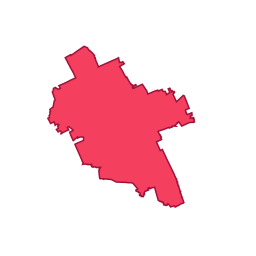 Silao de la Victoria, Guanajuato, Mexico, rotated 150°
{"feature_id": "50627088B90006920351190", "entity_name": "Silao de la Victoria", "entity_type": "district", "adm_level": 2, "iso_a3": "MEX", "parent_name": "Mexico", "parent_adm1": "Guanajuato", "projection": "albers", "projection_center": [-101.426, 20.976], "detail": "fine", "context": "isolated", "style": "filled", "palette": "rose", "viewbox_px": 256, "rotation_deg": 150, "n_neighbors": 0, "source": "geoboundaries", "source_scale": "gbopen_adm2", "svg_char_len": 5605}
<svg xmlns="http://www.w3.org/2000/svg" viewBox="0 0 256 256"><g transform="rotate(150 128 128)"><path d="M135.4,43.4L134.6,42.8L134.3,42.7L134.1,42.2L133.7,42.1L133.6,41.8L133.1,41.7L132.9,41.6L132.7,41.6L132.1,42.1L131.9,42.4L131.6,42.6L131.0,41.9L130.6,38.4L127.1,37.5L126.6,36.8L126.7,36.0L125.9,35.8L124.8,36.0L124.4,36.0L123.6,35.7L122.8,35.6L122.1,35.8L120.6,35.9L120.2,35.8L117.6,35.3L117.1,35.5L116.9,35.5L115.8,40.9L116.0,41.0L115.8,41.1L114.9,45.7L115.2,45.9L114.9,46.2L114.3,46.6L114.5,46.8L114.5,47.8L114.3,47.8L114.3,48.1L114.2,48.2L114.1,48.5L113.4,52.3L113.2,52.2L113.1,52.5L113.3,52.7L113.3,52.8L113.0,52.9L113.0,53.1L113.2,53.4L113.3,53.6L113.2,53.8L112.9,54.8L113.0,54.8L113.0,55.4L112.5,55.6L112.6,56.0L112.0,56.5L112.4,57.2L112.0,58.9L111.8,58.6L111.6,59.0L111.8,59.0L111.6,60.5L111.4,63.5L111.2,64.3L110.9,68.0L109.9,82.4L109.0,92.2L111.3,92.3L110.3,101.7L104.7,101.2L104.4,103.6L103.7,103.5L103.6,105.8L104.0,105.8L103.7,110.0L100.0,109.5L99.7,109.3L97.9,108.9L92.2,108.1L92.1,107.7L92.2,107.3L90.8,107.1L89.4,106.7L88.8,107.5L87.8,107.0L87.7,107.0L85.6,105.6L86.1,106.9L82.7,107.4L82.7,108.0L81.0,108.1L80.5,102.8L73.1,102.1L72.4,102.0L70.7,101.4L68.6,100.2L68.4,100.4L67.5,100.0L67.0,100.8L67.1,101.0L66.9,102.9L66.4,102.6L66.0,104.2L69.2,105.2L68.9,105.6L68.8,105.9L68.4,105.9L68.0,107.2L66.4,106.7L65.9,107.6L65.9,108.0L65.7,107.9L65.1,109.3L70.1,110.0L69.9,110.9L69.9,111.1L70.1,111.2L69.8,112.5L70.0,112.6L69.5,114.3L68.8,114.9L65.2,114.4L63.2,127.6L63.8,128.6L72.9,126.5L72.2,134.6L69.7,135.7L69.8,136.4L70.6,136.3L71.0,138.0L72.0,137.6L71.9,141.6L73.6,141.8L74.0,137.9L78.0,137.6L77.8,138.3L77.5,138.1L77.7,139.2L77.4,140.9L79.4,142.4L79.2,144.4L83.4,144.8L83.3,145.9L86.5,146.6L93.9,147.5L93.2,150.7L93.7,158.7L103.9,159.7L104.0,160.7L103.3,160.7L103.3,161.3L99.5,161.0L99.6,161.7L102.6,161.9L102.6,163.1L103.2,163.2L103.3,164.6L103.6,164.6L103.7,166.7L103.8,169.4L103.6,172.8L104.5,172.8L104.5,176.3L104.3,179.7L104.3,181.4L104.3,181.6L104.5,184.1L104.4,185.5L99.1,185.5L99.2,187.2L99.5,187.2L99.5,188.1L101.2,188.1L102.0,189.2L102.5,189.2L101.1,193.6L102.9,193.6L122.3,195.7L123.0,195.7L122.9,195.8L122.1,202.6L121.5,204.5L121.4,204.8L121.6,204.8L121.1,207.7L120.8,207.7L121.0,209.2L121.7,212.0L121.9,212.0L122.4,214.4L122.9,214.7L123.1,216.3L122.9,217.6L125.2,220.7L134.2,220.0L136.1,219.8L141.0,219.3L140.9,220.2L147.2,220.3L147.3,215.3L147.4,215.2L147.6,209.2L147.7,203.6L148.2,197.6L154.4,198.2L156.3,198.2L161.4,198.6L166.7,199.2L166.7,198.6L166.6,198.2L166.8,196.2L168.9,196.4L168.9,196.5L169.7,197.5L169.9,198.1L170.4,198.1L170.6,199.4L172.7,199.6L172.8,199.5L172.9,199.3L173.7,198.4L174.4,197.4L175.5,197.1L177.1,188.5L178.4,188.3L182.2,183.8L182.7,183.6L182.9,183.7L183.1,183.6L183.3,183.6L183.7,183.4L184.3,183.5L186.4,183.1L186.6,182.7L186.7,181.2L187.1,181.1L187.3,181.1L187.8,180.9L187.9,180.4L188.0,180.1L188.2,179.4L189.6,178.5L189.6,178.4L189.9,178.1L190.1,178.1L190.6,177.1L190.9,176.2L192.5,176.5L192.6,175.2L192.6,173.1L192.8,170.7L188.9,170.1L189.1,169.3L189.3,169.1L189.3,168.6L189.7,166.8L188.8,167.1L188.5,167.1L188.3,166.9L187.6,166.7L187.3,166.2L187.2,166.3L186.6,166.1L186.2,165.7L186.4,165.3L186.8,165.1L187.1,164.8L188.1,164.7L188.2,163.5L188.2,162.9L188.4,162.5L189.7,162.5L190.1,162.6L190.8,162.5L190.7,161.4L190.5,160.9L190.5,159.9L190.4,159.5L189.9,159.7L189.1,159.6L188.7,159.6L187.8,159.2L187.7,158.2L187.9,157.7L188.0,157.4L188.2,157.2L188.7,157.0L188.9,156.4L186.6,156.6L181.4,156.2L180.3,155.9L180.2,158.9L178.6,158.8L176.5,153.7L177.5,153.7L177.6,153.3L179.7,153.5L180.6,153.5L181.2,150.1L181.8,144.5L181.6,144.3L180.1,144.7L176.3,145.5L176.6,144.4L175.4,144.4L173.9,144.1L171.7,142.8L171.2,142.1L172.8,139.5L178.8,140.2L182.1,140.5L184.0,123.3L184.1,122.9L184.4,121.3L184.2,121.1L184.1,120.4L184.5,120.0L184.8,119.8L185.5,119.2L184.7,119.0L182.1,117.5L182.2,117.4L181.4,116.6L180.9,116.4L180.8,116.1L179.4,115.7L178.8,115.1L177.8,114.7L178.7,114.0L178.7,113.7L178.6,113.4L178.3,113.2L178.5,112.9L178.3,112.8L178.3,112.7L178.5,112.3L178.4,112.0L178.1,111.8L177.5,111.6L177.3,111.3L176.5,111.2L175.5,110.4L175.5,110.0L175.1,109.5L174.7,109.5L173.3,108.5L172.1,108.2L171.5,107.6L171.8,107.5L171.7,107.6L172.1,107.7L172.3,107.2L172.5,107.3L172.3,108.0L172.5,107.7L172.8,107.7L173.0,107.2L173.4,106.9L173.5,106.5L173.8,106.4L174.1,105.7L174.4,105.7L174.7,105.3L175.0,104.8L176.9,100.5L177.7,98.4L177.6,98.2L177.3,98.1L177.2,97.8L175.6,96.9L175.2,96.5L174.7,96.3L174.7,96.1L174.8,95.8L174.7,95.7L174.4,95.9L173.9,95.6L172.9,95.1L168.2,91.7L165.2,87.1L157.3,82.1L155.0,80.4L153.1,79.3L151.4,77.9L150.0,70.3L150.6,70.2L151.0,70.2L151.1,70.3L151.9,70.3L151.7,70.0L152.5,69.5L152.1,68.9L151.9,68.5L151.3,68.2L151.2,67.7L151.0,67.4L151.2,67.0L151.0,66.8L150.4,66.5L150.4,66.2L150.2,66.1L150.2,65.6L150.1,65.4L150.6,64.7L151.0,64.5L151.5,64.5L151.7,63.7L151.4,63.4L150.9,63.5L150.3,62.7L149.7,62.6L150.3,62.4L150.7,62.0L150.1,61.6L149.5,61.5L149.5,61.3L149.5,61.1L149.3,60.9L149.0,61.0L148.6,61.5L148.3,61.5L147.8,61.7L147.6,62.2L146.5,62.7L146.3,63.1L146.4,63.6L146.5,63.7L146.1,63.9L146.0,64.1L145.8,64.1L145.6,64.2L144.7,64.7L144.2,64.8L143.9,64.4L143.4,64.3L143.3,64.2L142.6,64.4L142.3,64.4L142.1,64.2L141.3,64.0L141.0,64.4L141.0,64.5L141.4,64.8L141.2,65.4L140.9,65.6L140.6,65.6L140.4,65.9L139.6,65.8L139.6,65.6L139.5,65.2L139.5,64.8L138.9,64.2L138.7,64.2L138.0,64.6L137.9,64.6L137.6,64.4L137.5,64.2L134.6,63.5L138.0,50.1L137.0,48.9L137.1,48.5L137.0,48.4L136.9,48.2L136.4,47.9L136.2,48.0L135.7,47.4L135.8,46.9L135.0,46.6L134.6,46.2L134.7,45.5L135.3,44.9L134.9,44.5L135.4,43.4Z" fill="#f43f5e" stroke="#9f1239" stroke-width="1.5"/></g></svg>